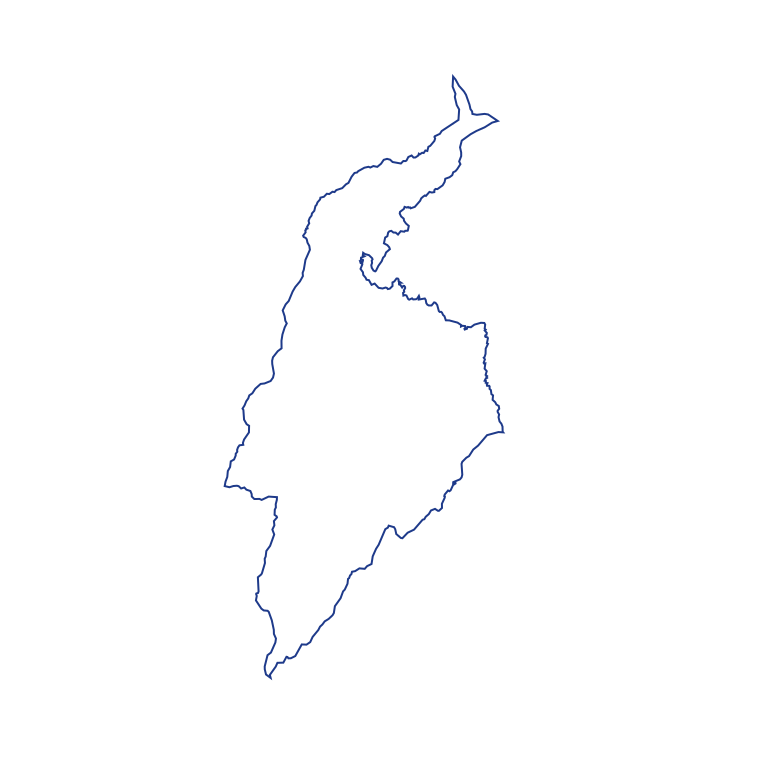 La Cumbre, Valle del Cauca, Colombia, rotated 17°
{"feature_id": "7082276B32711967571175", "entity_name": "La Cumbre", "entity_type": "district", "adm_level": 2, "iso_a3": "COL", "parent_name": "Colombia", "parent_adm1": "Valle del Cauca", "projection": "robinson", "projection_center": [-76.586, 3.705], "detail": "fine", "context": "isolated", "style": "outline", "palette": "blue", "viewbox_px": 768, "rotation_deg": 17, "n_neighbors": 0, "source": "geoboundaries", "source_scale": "gbopen_adm2", "svg_char_len": 6134}
<svg xmlns="http://www.w3.org/2000/svg" viewBox="0 0 768 768"><g transform="rotate(17 384 384)"><path d="M360.2,69.8L362.7,79.6L367.5,85.6L367.8,88.8L372.0,96.0L375.6,99.5L378.0,109.7L365.2,125.2L364.3,128.4L360.1,132.3L360.0,133.0L361.1,134.2L361.1,136.8L358.6,142.7L357.1,144.2L357.3,148.5L355.3,148.6L354.4,151.5L352.9,151.7L351.0,154.0L350.0,153.6L349.9,155.6L347.8,158.2L346.0,158.8L343.6,157.4L340.9,159.8L340.2,163.6L339.5,164.5L337.3,165.1L335.7,168.2L327.3,169.2L324.3,167.7L321.1,167.8L318.2,169.7L316.8,174.2L314.1,178.3L310.1,178.7L307.6,181.0L305.7,180.8L302.0,182.9L297.1,188.0L296.4,189.6L294.1,190.8L292.4,195.3L291.2,202.1L289.3,204.1L286.8,208.9L281.7,212.5L280.6,214.9L278.5,215.2L276.2,218.3L273.7,218.8L271.8,222.5L268.7,224.4L268.9,226.2L267.3,229.7L267.1,232.5L266.4,233.9L266.7,238.7L265.2,242.0L265.5,244.1L264.4,247.0L264.2,250.1L265.5,252.2L264.5,256.1L265.4,257.5L264.1,258.2L264.5,259.0L263.8,260.1L264.7,261.9L263.3,265.8L264.2,266.9L266.4,267.2L267.8,268.2L269.5,271.2L272.2,273.8L273.9,277.3L272.6,288.3L273.9,298.2L273.7,301.5L274.9,304.5L273.6,310.5L270.8,317.2L269.6,322.3L268.6,332.5L266.7,336.6L265.6,343.2L269.2,348.3L271.1,352.3L273.3,354.5L272.5,358.8L272.4,366.3L273.3,372.6L275.6,379.8L272.8,383.7L270.0,390.9L270.2,394.4L271.3,397.6L275.7,406.2L276.0,410.3L274.7,414.3L269.6,418.4L266.0,420.0L262.3,426.1L260.8,431.4L258.5,434.3L258.4,437.5L257.3,440.8L256.9,445.3L255.9,448.9L257.1,449.9L260.6,459.0L264.4,462.6L267.2,463.4L269.0,469.8L266.4,478.0L266.3,481.6L267.2,483.3L263.7,484.9L262.9,487.3L262.8,490.0L263.5,491.6L262.6,494.1L263.1,495.8L262.7,500.0L260.1,502.8L261.1,508.4L260.1,512.9L261.3,518.7L261.0,523.7L261.5,528.2L266.4,527.9L269.8,525.6L273.1,524.3L274.9,524.2L277.9,525.7L280.7,523.8L283.3,525.3L287.5,525.4L289.6,527.9L290.5,530.3L293.6,531.9L298.6,530.3L300.9,530.6L306.6,525.4L314.7,523.5L315.4,526.1L315.6,530.6L316.7,533.7L316.3,536.1L317.6,541.1L320.1,542.0L320.7,542.9L318.8,547.3L320.5,551.2L319.8,555.8L323.0,560.0L322.4,572.1L320.3,578.1L321.3,583.6L321.0,586.0L322.5,590.0L322.6,600.5L322.3,602.0L319.9,605.7L324.7,619.0L324.6,620.7L323.2,621.6L323.1,622.2L324.3,623.9L324.8,628.4L332.4,634.7L335.2,635.7L339.0,634.9L340.4,635.6L345.8,642.8L350.5,651.3L351.8,655.2L355.1,659.0L355.7,663.0L354.4,673.9L351.9,677.4L352.5,689.0L353.4,691.7L356.1,696.3L361.5,698.2L359.9,695.5L363.1,685.9L363.6,681.8L369.2,679.9L370.5,673.4L371.5,673.3L372.8,674.3L375.1,673.5L378.7,670.1L381.5,657.1L386.1,655.9L388.9,652.4L389.7,646.7L393.1,638.5L393.8,634.7L395.4,632.0L396.7,628.3L399.7,624.9L402.4,620.2L403.0,617.7L402.0,610.8L405.1,601.6L405.5,594.3L406.6,592.1L407.5,585.7L406.6,580.9L407.4,579.8L407.5,577.0L408.4,575.5L408.3,572.9L411.1,571.4L414.4,567.5L419.6,566.4L421.1,563.1L424.7,559.8L423.6,552.1L424.6,543.9L425.9,539.3L427.7,522.4L429.7,520.2L429.9,518.1L435.5,518.0L437.2,519.6L439.6,523.9L445.1,526.3L446.7,526.1L450.1,519.3L455.3,514.5L460.6,502.5L462.1,501.5L462.7,498.8L464.9,495.3L465.9,491.2L469.3,488.5L472.7,489.5L473.6,489.2L475.7,485.6L474.4,481.6L475.3,475.1L475.1,473.8L474.4,473.6L474.4,471.9L476.4,467.1L477.9,467.4L478.8,466.2L479.6,460.4L481.5,458.2L481.2,457.6L479.2,458.8L478.9,457.6L484.5,453.0L485.5,450.7L485.4,447.9L481.5,437.7L481.6,435.5L484.3,430.4L486.4,428.1L488.5,420.6L492.0,415.4L497.5,402.8L507.5,396.5L512.1,395.4L511.4,394.9L509.8,390.1L507.8,387.6L505.5,386.1L503.2,382.2L503.0,379.5L500.8,377.4L500.5,376.4L501.4,374.0L500.2,371.5L497.4,370.7L495.7,368.9L492.5,367.4L491.6,363.0L489.7,362.3L488.0,358.6L486.4,357.8L485.7,355.4L485.1,355.0L483.1,355.6L482.5,354.6L482.7,352.9L480.9,353.1L480.6,351.4L479.3,351.5L479.6,349.5L480.8,348.0L479.8,347.4L480.3,346.3L478.5,345.6L478.5,341.7L475.7,339.9L474.9,334.6L473.8,335.2L473.1,334.6L473.3,330.9L471.7,329.7L472.3,328.7L472.3,325.5L470.9,320.4L471.7,315.2L470.5,314.9L470.0,309.8L469.3,309.1L467.3,309.3L466.7,308.7L466.7,307.8L467.6,307.0L467.4,305.1L464.7,303.4L465.4,302.3L464.1,301.7L463.4,297.6L462.1,296.3L458.8,297.1L453.1,300.8L450.5,304.3L447.1,305.0L447.2,306.9L445.3,308.3L444.8,307.7L445.4,306.7L444.6,304.9L441.9,305.4L440.8,306.5L440.4,305.0L436.4,303.8L427.9,304.1L424.5,305.0L422.0,301.5L420.3,300.7L418.6,298.8L417.5,298.3L416.2,298.8L415.1,298.2L411.8,292.9L409.5,291.3L408.1,291.3L406.5,295.0L403.8,295.8L402.3,295.5L400.8,294.3L399.3,291.4L398.0,290.3L392.7,293.0L392.5,290.8L391.6,289.5L390.8,292.5L389.8,293.6L387.2,294.6L385.8,293.9L383.4,296.0L382.2,295.6L379.6,292.8L378.1,292.8L376.7,293.8L375.6,291.3L376.4,289.9L375.6,288.5L376.2,286.2L375.8,285.1L374.7,284.3L373.8,284.5L373.1,286.4L370.8,284.5L369.3,284.4L368.8,283.0L370.7,282.2L367.9,281.4L367.3,279.7L366.3,279.1L365.1,279.5L363.9,282.9L362.4,284.4L363.5,287.8L361.7,291.1L359.9,292.1L358.7,291.3L357.3,291.3L354.7,293.1L350.7,293.6L345.7,290.7L343.1,292.8L339.2,289.1L336.8,289.4L335.3,287.7L332.3,285.8L331.2,283.3L327.9,280.8L328.3,275.9L328.0,275.3L326.3,275.2L325.3,273.7L327.8,273.6L327.8,272.0L327.5,271.4L325.5,271.7L325.1,269.9L327.9,267.6L326.1,267.2L325.7,264.6L327.7,265.3L332.0,265.2L335.9,267.2L336.6,268.1L336.2,269.6L337.2,271.7L337.1,274.1L338.3,276.4L340.8,278.6L342.6,278.9L343.2,278.1L344.1,272.6L345.9,267.3L346.2,263.4L347.3,261.4L347.5,257.6L350.2,253.3L349.0,251.7L346.6,250.2L342.8,249.5L342.3,243.6L344.0,241.7L343.7,237.9L344.5,236.4L346.2,235.4L348.7,236.4L350.9,235.8L353.7,237.0L355.3,233.0L358.9,232.4L359.5,231.3L361.8,230.5L361.9,229.8L361.5,225.6L358.1,224.1L355.4,222.0L354.5,220.1L351.4,218.8L349.2,216.4L349.0,214.7L351.8,210.8L351.9,208.6L354.3,208.6L355.3,207.7L356.3,208.1L357.2,207.5L358.1,208.2L361.7,205.6L365.0,198.2L365.3,195.6L366.7,193.3L368.0,191.7L369.1,191.9L371.3,187.0L373.8,186.9L376.0,185.8L375.5,183.9L376.2,182.4L378.1,182.0L382.0,176.9L382.9,173.1L382.6,169.8L386.2,167.1L388.2,164.4L388.3,161.3L390.1,159.6L391.2,157.1L392.8,151.4L390.8,149.2L391.2,143.5L390.1,140.0L387.5,135.4L387.2,128.5L393.8,119.8L398.5,114.9L405.2,109.1L411.0,102.4L415.9,99.2L404.8,95.8L401.2,96.3L394.1,99.4L389.6,99.9L388.6,97.6L386.3,95.8L384.1,91.9L377.9,83.5L375.0,80.9L368.5,76.9L363.5,72.0L360.2,69.8Z" fill="none" stroke="#1e3a8a" stroke-width="2"/></g></svg>